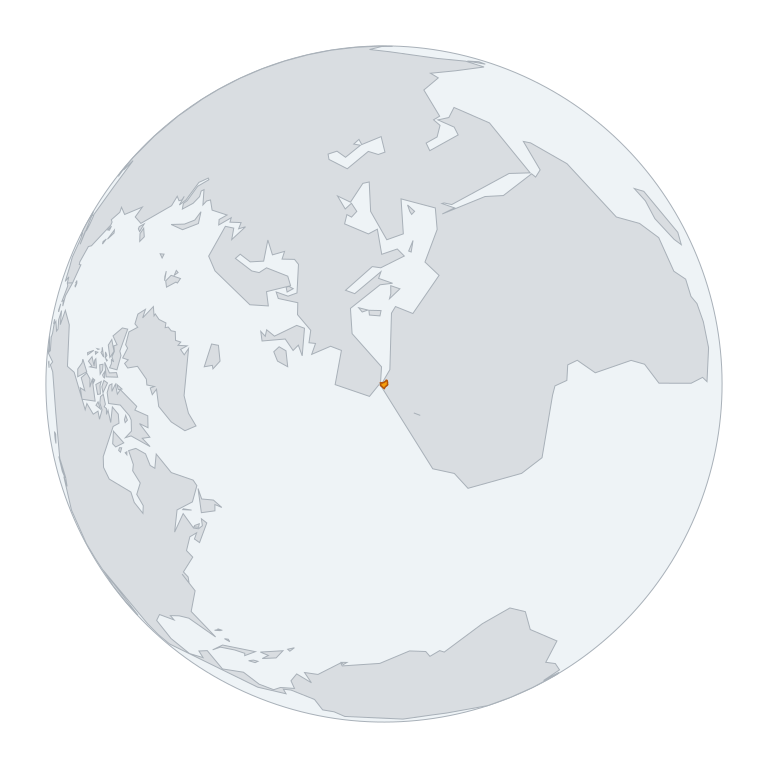 Tanger - Tétouan highlighted on a globe, orthographic projection, rotated 290°
{"feature_id": "MAR-1445", "entity_name": "Tanger - Tétouan", "entity_type": "Region", "adm_level": 1, "iso_a3": "MAR", "parent_name": "Morocco", "parent_adm1": "", "projection": "orthographic", "projection_center": [-5.386, 35.321], "detail": "fine", "context": "on_globe", "style": "filled", "palette": "amber", "viewbox_px": 768, "rotation_deg": 290, "n_neighbors": 0, "source": "natural_earth", "source_scale": "10m", "svg_char_len": 10783}
<svg xmlns="http://www.w3.org/2000/svg" viewBox="0 0 768 768"><g transform="rotate(290 384 384)"><circle cx="384" cy="384" r="338" fill="#eef3f6" stroke="#a8b0b8"/><path d="M117.2,591.4L96.3,555.5L89.2,541.9L75.6,516.4L58.2,460.9L58.9,449.3L56.8,437.8L63.8,426.6L64.6,401.3L62.8,393.8L59.4,397.9L55.9,368.9L58.3,346.7L66.4,271.3L71.3,257.7L77.8,244.0L113.1,183.6L82.7,231.9L90.2,217.3L102.3,197.5L103.0,196.9L121.2,172.5L132.4,158.8L158.7,133.4L187.5,114.8L179.4,121.2L187.3,116.8L198.0,108.8L203.1,104.8L244.7,85.4L282.2,68.5L287.9,63.9L291.4,65.1L298.3,58.0L314.8,53.4L299.9,58.5L301.2,59.1L314.2,55.3L318.3,55.2L327.0,53.6L330.8,54.2L321.8,58.2L324.1,58.9L333.1,56.3L342.7,55.9L329.0,59.5L344.2,59.4L332.0,68.0L292.3,80.5L289.1,88.8L257.6,112.0L264.0,111.5L256.2,121.1L260.7,124.5L253.6,128.7L263.3,127.9L268.9,123.5L275.1,121.9L278.3,123.7L269.7,129.1L266.9,128.9L266.1,131.5L260.5,133.6L265.0,133.6L254.3,140.4L269.5,136.6L264.8,144.6L256.5,148.4L251.5,144.0L219.7,145.0L209.7,149.0L200.7,158.3L195.9,183.1L187.3,189.8L180.0,201.7L187.3,199.4L195.7,189.4L207.6,188.8L216.5,177.5L222.6,176.0L234.1,166.8L238.6,172.8L236.8,183.8L227.5,192.1L226.4,197.5L240.3,193.9L228.0,214.4L228.4,237.5L224.5,242.9L207.7,244.3L194.9,232.6L173.2,237.9L193.5,239.6L183.5,254.3L184.5,259.2L188.7,261.8L194.9,258.5L192.8,265.0L171.9,264.9L173.5,258.9L180.1,258.8L174.0,253.8L159.9,255.4L155.9,263.5L138.8,259.8L135.7,265.9L130.2,269.0L136.3,259.3L125.1,277.2L104.3,280.6L88.7,312.3L97.2,280.7L96.1,270.8L93.3,262.5L90.5,267.4L90.6,251.9L84.1,251.2L72.0,270.9L64.2,293.4L65.0,307.6L69.8,301.4L73.0,309.1L61.0,329.6L65.1,350.5L59.2,369.4L59.0,384.9L63.4,390.5L67.3,404.0L73.3,398.1L81.7,401.1L78.4,418.0L85.7,408.0L88.5,421.3L107.1,438.7L104.8,441.2L120.0,475.6L141.9,499.3L146.9,514.7L143.8,520.3L152.5,527.5L152.7,532.3L192.4,558.4L216.6,578.9L218.4,594.7L203.3,605.4L201.7,634.4L177.8,631.2L179.9,640.6L175.4,646.7L159.9,635.3L172.8,647.0L171.1,646.4L167.4,643.4L149.5,627.3L132.7,609.9L117.2,591.4ZM83.5,321.6L88.5,354.7L81.1,346.0L83.3,345.3L83.0,334.6L80.8,320.3L75.6,313.9L83.5,321.6ZM95.9,313.4L94.6,309.0L96.5,312.0L95.9,313.4ZM204.7,103.2L197.7,108.8L186.6,116.5L191.9,111.6L204.7,103.2ZM226.6,90.6L224.5,92.7L215.9,96.1L219.8,93.8L226.6,90.6ZM291.2,61.2L284.7,63.7L289.6,61.4L291.2,61.2ZM327.5,53.4L328.0,52.9L332.3,52.4L327.5,53.4ZM230.9,164.3L232.4,165.5L229.5,166.6L230.9,164.3ZM234.3,159.3L229.8,159.7L230.8,157.4L233.6,157.2L234.3,159.3ZM342.1,53.0L348.8,52.8L340.4,53.6L342.1,53.0ZM239.7,159.6L233.1,153.4L235.0,149.5L247.1,145.9L239.7,159.6ZM351.6,53.1L368.0,53.3L370.6,51.9L372.6,56.8L358.0,54.5L347.3,55.5L352.7,54.1L351.6,53.1ZM269.4,121.4L263.5,126.1L265.5,120.6L269.4,121.4ZM269.1,118.4L266.4,105.4L276.6,99.9L275.4,105.1L286.4,97.3L292.7,100.9L288.2,106.0L280.3,108.7L288.7,108.2L269.1,118.4ZM371.1,60.0L373.7,60.9L369.3,60.7L371.1,60.0ZM277.7,120.9L276.2,118.5L285.0,113.4L289.6,117.4L285.3,117.7L277.7,120.9ZM286.1,93.7L293.4,91.1L300.6,93.1L304.4,92.5L293.8,100.5L286.1,93.7ZM284.9,119.8L291.6,119.6L290.4,123.8L279.7,122.9L284.9,119.8ZM285.4,110.6L289.7,108.5L288.8,110.9L285.4,110.6ZM289.7,139.5L287.8,136.2L292.2,133.2L289.7,139.5ZM294.2,119.3L294.6,117.9L296.2,116.5L300.2,117.3L294.2,119.3ZM299.5,101.7L301.0,103.3L304.3,98.5L309.8,100.3L301.6,105.5L307.5,104.0L309.2,104.6L300.6,108.3L299.5,101.7ZM308.9,114.1L300.5,122.2L303.2,128.7L299.3,131.4L295.7,120.5L308.9,114.1ZM304.8,110.3L306.5,113.2L300.9,114.8L296.2,113.9L304.8,110.3ZM316.4,99.8L310.1,95.6L312.1,94.7L316.4,99.8ZM310.8,115.6L312.8,113.7L311.7,115.9L310.8,115.6ZM316.0,104.2L313.4,102.7L315.8,101.6L316.0,104.2ZM318.9,111.3L316.2,113.8L312.9,113.1L318.9,111.3ZM318.4,107.8L322.2,106.7L313.4,111.3L316.9,107.2L318.4,107.8ZM318.6,103.4L319.1,102.3L319.3,104.2L318.6,103.4ZM332.7,113.0L322.3,119.1L315.2,117.3L326.3,111.6L332.7,113.0ZM446.9,52.0L443.4,52.0L411.4,50.7L425.6,50.9L426.2,51.9L433.6,52.9L443.3,53.6L442.1,52.9L477.2,62.7L508.1,71.8L496.6,66.4L497.4,66.0L510.7,70.7L538.7,83.6L565.4,98.9L590.6,116.6L587.8,114.4L602.5,126.3L604.3,127.8L621.9,144.0L638.3,161.5L653.4,180.1L667.2,199.7L679.6,220.2L690.4,241.6L699.8,263.7L704.2,276.6L700.4,266.5L693.4,256.0L698.1,275.5L708.1,322.5L715.3,350.4L716.1,369.6L702.8,344.1L691.9,321.4L690.2,330.3L673.9,320.9L654.7,344.7L649.2,340.2L646.2,348.2L634.3,349.4L624.8,341.2L618.9,347.2L643.4,368.5L649.4,362.1L650.6,344.3L656.6,353.8L667.8,355.2L665.4,393.8L632.4,449.1L624.6,429.5L575.8,386.3L574.7,378.6L574.3,377.9L573.4,376.7L573.6,390.0L563.7,380.6L594.7,414.8L601.9,431.7L632.0,450.8L630.3,455.7L638.6,457.5L659.6,432.0L660.7,439.3L653.6,480.6L620.4,545.2L622.3,569.2L615.5,592.1L589.1,617.8L585.7,631.6L571.3,642.5L566.6,650.6L551.7,662.8L529.1,676.6L496.7,686.7L499.2,681.1L489.8,672.4L478.8,642.1L491.7,622.1L490.7,608.1L466.8,578.7L472.4,557.5L464.8,550.1L449.9,554.6L440.7,545.3L431.2,546.2L368.8,557.7L347.1,543.9L314.7,498.6L324.0,480.7L321.0,458.8L381.4,381.4L399.5,384.6L453.1,366.8L460.7,368.3L460.1,387.0L504.9,398.6L512.6,380.8L547.4,381.1L567.0,372.0L563.8,336.7L531.7,350.8L520.5,337.3L541.6,312.4L568.8,301.0L565.3,295.5L543.4,290.3L544.8,276.0L535.2,287.7L542.7,291.6L536.9,299.4L529.7,296.4L530.5,291.2L521.0,292.2L519.7,318.0L527.2,324.8L505.1,337.5L515.4,350.3L511.2,359.3L492.1,341.2L490.3,332.8L458.9,315.8L458.9,325.6L488.5,342.7L481.4,342.8L481.6,357.6L475.9,346.4L443.6,326.6L420.4,336.8L399.3,375.8L384.0,380.3L367.4,374.6L366.7,338.3L401.0,332.5L401.2,320.9L387.1,305.9L398.7,305.8L397.1,299.4L409.4,296.8L419.6,279.0L430.9,275.2L428.2,255.4L433.6,251.2L433.7,263.8L439.8,271.1L467.2,262.7L470.5,257.3L466.5,245.5L474.6,245.2L467.2,235.0L479.6,225.6L458.3,228.9L453.0,216.5L456.8,204.5L451.2,201.4L445.0,221.1L446.0,228.6L453.0,233.9L452.4,256.7L444.4,262.6L430.6,242.0L417.8,248.6L412.6,230.9L432.5,186.5L444.2,175.5L477.9,181.0L479.1,189.5L467.6,191.5L484.4,200.1L480.1,194.3L486.8,194.5L483.4,183.9L488.0,183.6L476.9,174.3L482.2,172.8L489.1,178.7L488.6,163.0L497.6,158.0L495.3,154.7L490.3,152.6L505.1,148.4L502.8,146.2L497.0,146.6L488.5,142.8L479.4,134.7L485.0,133.7L489.1,136.4L506.1,141.3L516.1,149.6L517.4,148.4L510.1,141.1L489.4,135.0L482.2,130.5L492.0,132.1L487.9,131.2L486.1,128.7L489.7,125.5L478.9,123.4L451.8,100.6L455.9,93.1L467.6,96.4L454.6,82.3L460.3,76.9L455.0,77.0L445.1,71.6L443.2,73.1L439.9,72.9L413.8,61.8L412.1,59.2L394.8,56.4L392.0,56.8L392.3,58.4L372.6,56.8L370.6,51.9L376.9,51.2L371.4,49.4L386.6,48.6L396.7,47.7L416.6,49.3L422.8,49.2L419.8,48.6L426.1,48.7L432.2,49.5L446.9,52.0ZM367.0,421.9L366.9,428.7L366.9,428.8L367.0,421.9ZM602.2,305.6L615.5,296.7L601.4,281.2L605.3,276.8L599.1,273.5L600.3,280.2L583.9,270.3L586.7,260.2L580.9,252.8L576.2,255.5L573.7,275.9L597.2,289.7L597.7,300.1L602.2,305.6ZM107.8,439.0L109.7,444.4L106.4,441.7L107.8,439.0ZM77.7,351.4L79.9,355.8L80.3,360.4L78.1,358.2L77.7,351.4ZM101.8,384.2L105.5,390.0L100.7,386.9L101.8,384.2ZM89.8,359.5L98.8,380.3L89.7,376.3L84.4,363.5L89.4,368.2L89.8,359.5ZM90.1,321.2L90.9,324.9L89.1,327.2L90.1,321.2ZM97.2,315.7L96.5,315.0L97.1,311.3L97.2,315.7ZM184.7,254.2L186.3,254.5L189.5,258.2L185.9,258.8L184.7,254.2ZM216.6,263.4L212.5,273.8L212.9,266.3L207.0,268.5L200.6,256.4L222.2,245.0L213.6,252.0L216.6,263.4ZM198.1,238.1L199.7,246.3L197.1,237.8L198.1,238.1ZM376.6,269.4L383.1,272.7L381.7,280.5L367.3,287.6L369.1,276.1L376.6,269.4ZM392.5,275.8L382.7,254.7L391.3,250.2L388.2,256.1L394.8,255.2L391.5,264.7L409.2,281.9L409.2,290.2L382.5,297.5L391.2,290.2L384.4,287.1L392.5,275.8ZM342.8,216.3L338.7,209.2L362.6,208.3L363.7,215.2L349.4,222.1L339.7,218.1L342.8,216.3ZM262.3,155.2L259.2,154.0L261.6,152.3L266.1,152.0L262.3,155.2ZM288.5,138.2L278.4,159.3L274.3,158.8L273.3,172.9L262.2,177.2L263.2,167.8L253.9,182.2L250.3,175.4L245.2,185.6L248.7,164.1L245.1,159.3L253.3,162.8L263.6,158.8L267.0,155.7L274.0,143.4L271.5,131.9L281.3,126.8L288.9,126.3L291.1,128.3L284.0,130.8L291.9,131.7L283.3,136.9L288.5,138.2ZM372.6,134.3L363.5,134.6L377.9,140.8L369.4,144.6L371.6,145.1L367.7,150.5L366.8,158.2L362.1,159.1L363.7,161.8L361.2,165.8L361.9,169.9L353.7,173.2L353.9,178.7L349.9,177.2L352.5,185.9L346.9,181.0L343.1,186.3L350.5,188.2L304.7,200.1L289.7,210.2L280.3,221.7L272.0,212.9L275.6,197.0L285.8,180.0L301.3,172.0L294.7,169.9L300.3,165.7L303.1,169.1L302.0,161.5L307.3,159.0L316.3,146.3L311.4,137.7L314.6,133.2L319.2,135.4L319.1,129.5L330.0,130.8L332.5,127.8L345.7,126.5L353.1,133.2L355.3,129.4L365.5,128.8L372.6,134.3ZM336.5,112.9L347.2,119.0L347.9,124.4L324.6,124.5L320.8,127.1L306.0,128.2L305.4,120.6L309.7,120.9L313.7,119.5L312.3,122.4L316.5,119.0L322.5,119.5L327.4,117.1L329.6,119.7L336.5,112.9ZM466.0,360.0L471.2,359.5L478.7,356.7L478.9,366.4L466.0,360.0ZM443.8,346.7L448.1,344.6L452.0,356.1L446.6,356.9L443.8,346.7ZM447.0,334.1L448.0,343.6L444.2,338.9L447.0,334.1ZM437.3,261.5L441.5,258.9L443.2,261.4L442.5,266.1L437.3,261.5ZM413.5,156.7L408.2,155.3L408.6,153.6L400.6,146.5L406.2,143.6L413.3,146.8L413.5,156.7ZM560.3,344.9L556.7,353.7L552.8,352.0L554.9,349.3L560.3,344.9ZM517.4,361.7L528.8,362.2L517.3,364.4L517.4,361.7ZM418.3,152.4L414.4,149.7L419.7,150.0L418.3,152.4ZM410.0,141.3L415.6,140.8L406.0,142.5L410.0,141.3ZM653.9,562.2L627.0,608.2L616.6,615.7L619.1,607.2L632.0,582.0L645.5,567.0L653.3,552.3L653.9,562.2ZM716.0,351.9L719.3,363.0L719.2,369.8L716.0,351.9ZM461.1,129.4L466.0,141.8L473.3,150.1L483.3,153.1L471.3,154.7L460.1,141.9L461.1,129.4ZM452.4,103.9L443.6,102.2L445.8,100.1L448.2,100.2L452.4,103.9ZM448.2,104.9L440.3,108.4L434.4,105.7L441.8,103.3L448.2,104.9ZM429.8,129.1L430.8,132.9L426.5,132.4L429.8,129.1ZM502.0,67.4L493.8,64.9L488.2,63.3L492.9,64.1L502.0,67.4ZM376.2,60.0L373.9,60.8L373.6,59.7L376.2,60.0ZM439.1,73.9L434.6,73.4L434.3,71.7L439.1,73.9ZM421.8,71.3L425.3,73.5L419.2,71.6L421.8,71.3ZM433.5,78.7L425.5,74.6L436.5,78.0L433.5,78.7Z" fill="#d9dde1" stroke="#a8b0b8" stroke-width="1"/><path d="M383.9,380.4L384.0,380.6L384.1,380.8L384.2,381.0L384.3,381.4L384.3,381.7L384.3,381.8L384.5,381.8L384.5,382.0L384.6,382.3L384.8,382.5L385.0,382.7L385.1,382.8L385.5,383.4L385.6,383.5L385.8,383.5L386.1,383.7L386.2,383.9L386.3,384.0L386.5,384.1L386.8,384.3L387.0,384.5L387.7,384.7L388.3,384.8L388.3,385.1L388.4,385.3L388.4,385.6L388.3,385.8L388.1,385.9L387.9,386.1L387.7,386.2L387.4,386.3L387.1,386.5L386.9,386.7L386.7,386.8L386.4,386.9L386.2,387.0L385.6,387.1L385.2,387.3L384.9,387.6L384.7,387.5L384.4,387.5L384.2,387.6L383.8,387.4L383.7,387.3L383.5,387.1L383.4,387.0L383.3,386.9L383.0,387.0L382.9,386.9L382.5,386.6L382.2,386.4L381.9,386.2L381.4,386.1L381.2,386.1L380.9,386.0L380.7,385.9L380.4,385.8L380.1,385.9L379.9,385.9L380.0,385.1L380.9,382.9L381.0,382.8L381.0,382.7L381.1,382.4L381.2,382.0L381.2,381.9L381.3,381.8L381.3,381.5L381.4,381.4L381.5,381.2L382.1,381.2L382.3,381.1L382.5,381.0L382.8,381.0L383.0,381.0L383.3,380.9L383.5,380.6L383.8,380.5L383.9,380.4L383.9,380.4Z" fill="#f59e0b" stroke="#b45309" stroke-width="1.5"/></g></svg>